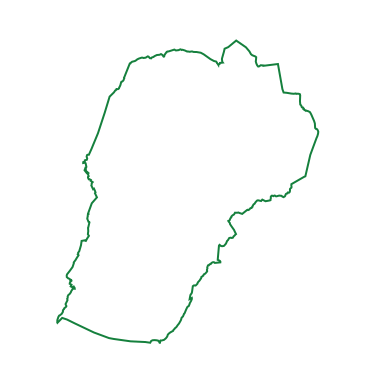 the district of Nahuatzen, Michoacán, Mexico, rotated 187°
{"feature_id": "50627088B19576991681559", "entity_name": "Nahuatzen", "entity_type": "district", "adm_level": 2, "iso_a3": "MEX", "parent_name": "Mexico", "parent_adm1": "Michoacán", "projection": "equal_earth", "projection_center": [-101.891, 19.65], "detail": "fine", "context": "isolated", "style": "outline", "palette": "green", "viewbox_px": 384, "rotation_deg": 187, "n_neighbors": 0, "source": "geoboundaries", "source_scale": "gbopen_adm2", "svg_char_len": 5964}
<svg xmlns="http://www.w3.org/2000/svg" viewBox="0 0 384 384"><g transform="rotate(187 192 192)"><path d="M285.4,276.6L288.3,260.0L292.5,238.8L297.1,222.2L298.9,216.4L300.0,216.3L300.7,215.8L300.9,214.2L300.1,212.5L300.3,211.2L302.2,210.4L302.1,209.3L303.6,208.4L303.5,207.5L302.0,208.0L301.1,207.6L299.9,204.1L300.0,203.4L300.6,203.2L300.1,201.3L301.0,201.7L301.3,200.5L299.1,198.3L298.4,199.1L297.3,198.3L298.3,197.7L297.3,196.8L296.5,195.1L297.0,194.6L297.0,193.6L296.3,192.4L295.9,192.0L295.3,192.2L293.8,191.6L294.0,190.8L291.8,189.7L292.6,188.5L292.5,186.6L292.7,186.2L290.5,182.7L289.7,183.4L288.5,181.4L287.7,179.8L288.2,179.0L285.7,175.1L290.1,168.6L292.3,159.0L292.1,157.6L292.6,157.6L292.6,155.0L292.5,154.9L292.7,153.6L292.7,152.7L291.9,152.3L292.1,152.3L292.2,151.9L291.1,149.8L290.3,149.7L290.1,149.4L290.7,143.8L290.8,143.7L290.2,140.5L290.2,137.4L289.0,135.9L290.4,133.1L291.4,130.5L292.0,130.6L292.2,131.1L295.6,130.0L295.7,125.6L296.7,119.5L297.6,117.9L297.3,117.2L297.0,117.4L297.8,116.3L297.2,115.8L296.9,115.4L298.3,112.6L299.3,110.3L300.8,107.7L300.6,107.0L301.4,103.0L303.6,99.0L306.0,95.0L306.2,93.9L305.9,92.3L304.3,91.2L303.7,91.1L302.3,90.4L302.1,89.5L301.7,90.1L301.2,90.0L300.8,89.2L301.9,87.8L302.2,86.9L302.2,86.0L300.3,85.3L300.9,83.5L299.5,83.0L298.8,82.5L298.7,82.6L298.3,83.7L298.0,83.8L297.8,83.3L297.5,83.3L296.9,82.7L296.6,81.7L298.5,81.5L299.8,78.8L300.1,77.5L301.2,75.6L302.1,74.8L302.3,74.3L302.7,73.2L302.5,72.1L302.5,71.7L302.9,70.7L302.5,70.0L302.4,69.4L303.8,65.5L303.7,64.9L303.0,63.9L302.8,63.5L302.8,63.1L303.3,62.4L304.7,60.9L304.8,60.1L305.4,59.5L305.7,58.2L305.5,57.5L305.7,56.9L306.6,55.0L307.5,54.2L308.2,53.4L308.8,53.1L309.4,51.7L310.0,48.7L310.0,47.6L309.8,46.9L309.9,46.3L309.6,45.8L305.5,51.2L300.6,50.2L292.3,47.3L272.2,40.6L256.6,36.9L251.9,36.6L234.8,36.3L220.0,37.4L215.1,37.3L214.4,39.1L213.2,40.0L211.3,40.4L209.4,40.5L207.6,40.4L205.9,38.8L205.4,37.7L205.4,39.3L205.5,40.3L205.2,40.8L204.3,40.8L201.8,41.8L200.1,43.6L199.0,45.5L198.6,47.5L197.7,48.7L196.4,50.0L193.8,51.9L193.7,52.5L193.4,53.1L192.8,53.8L192.0,55.1L191.3,55.7L190.9,56.3L190.0,58.1L188.9,59.8L187.6,62.9L187.3,63.8L187.0,65.9L185.8,67.4L185.2,69.5L185.1,70.1L184.7,70.5L184.5,71.0L183.5,74.6L182.8,76.7L182.4,77.6L181.4,78.3L180.8,80.2L180.7,81.2L179.6,83.9L179.1,85.9L179.3,86.8L181.3,85.4L181.1,88.6L180.9,90.0L180.1,91.2L179.8,92.6L179.7,98.6L179.0,99.3L178.5,99.6L177.4,99.5L176.8,99.8L175.4,101.7L175.3,102.6L175.1,103.1L173.6,105.2L173.0,106.6L172.5,107.2L172.3,108.9L171.7,109.3L171.2,109.7L171.0,110.1L170.5,110.5L170.4,111.3L170.2,111.7L168.9,112.6L167.3,115.0L167.3,115.5L167.6,116.0L167.7,116.7L167.6,117.3L167.4,117.9L167.4,118.3L167.7,119.0L167.2,121.1L166.9,121.3L166.3,121.4L166.2,121.8L165.4,122.6L164.7,122.7L164.0,124.0L162.6,124.9L161.7,125.0L160.7,124.4L155.3,125.6L155.3,126.2L155.9,127.0L157.4,127.6L158.2,127.8L158.7,142.1L158.2,142.9L156.5,141.9L155.4,141.9L153.9,142.3L153.5,142.7L152.0,144.9L151.2,147.7L150.5,148.5L149.4,150.9L147.9,151.4L147.0,151.2L145.9,151.6L145.7,151.9L145.4,152.9L144.4,154.0L143.7,155.1L143.2,155.6L145.1,158.5L145.5,159.3L148.5,162.6L150.3,164.7L150.7,165.9L152.3,167.4L152.4,167.8L151.8,168.0L151.2,168.6L150.7,170.6L149.9,171.6L150.0,172.4L149.0,173.7L147.5,174.9L146.8,176.7L144.7,176.9L143.3,177.3L142.6,177.0L139.5,176.4L135.2,180.8L134.8,180.8L134.4,181.2L133.8,181.0L133.0,181.6L132.0,183.1L131.2,183.3L131.0,183.7L130.8,183.7L130.6,184.4L130.2,184.6L130.1,185.6L129.8,186.0L129.6,186.8L129.3,187.3L128.5,187.9L127.7,189.6L126.4,191.4L125.5,191.8L122.3,191.5L121.3,193.0L117.9,191.8L113.5,193.2L113.1,193.5L113.2,194.0L113.0,195.2L113.2,196.9L112.9,197.5L112.3,198.1L111.7,198.1L110.7,197.8L110.0,198.4L109.4,198.6L108.4,198.0L107.6,198.0L105.0,199.1L104.0,199.0L103.2,199.2L102.3,198.9L101.6,198.3L101.0,198.3L100.4,198.1L100.2,198.4L99.4,198.9L99.0,199.6L98.8,200.8L98.5,201.5L97.6,202.2L97.1,202.2L96.8,203.2L95.6,203.2L95.0,204.0L94.9,205.1L95.1,206.5L95.0,207.2L93.9,208.4L93.8,209.1L94.2,210.5L94.3,211.9L82.6,220.7L81.4,221.4L79.1,243.3L75.0,260.7L74.4,262.6L74.0,265.2L74.0,267.2L74.6,268.4L75.3,269.3L76.0,269.8L76.8,269.8L77.6,270.6L78.4,275.0L79.5,277.4L83.1,283.5L84.6,285.6L86.3,286.3L88.4,286.7L88.7,286.5L88.9,286.8L89.6,286.8L89.9,287.1L90.4,287.1L90.8,287.4L91.1,288.4L91.4,288.5L91.7,288.4L91.7,288.7L92.2,289.4L93.1,289.4L93.4,289.6L93.8,290.6L94.1,290.9L94.3,291.3L95.2,292.0L95.9,295.3L96.4,301.1L96.7,301.5L96.7,302.1L97.5,302.4L98.4,302.5L100.4,302.3L100.6,302.1L101.3,302.4L102.8,301.9L105.4,301.8L110.1,302.0L113.2,301.9L114.8,305.1L122.3,329.5L136.3,326.0L136.3,326.3L139.2,326.2L140.8,324.8L141.6,324.6L142.7,325.6L143.8,327.4L144.6,329.3L144.6,331.6L144.7,333.6L145.5,334.2L148.9,335.1L150.3,336.0L152.1,338.5L156.1,342.2L166.6,347.7L173.7,340.2L177.1,338.2L177.4,335.2L178.5,328.1L178.5,327.5L177.8,324.9L177.6,324.6L177.2,324.2L180.0,323.5L180.2,322.4L181.1,321.8L181.3,321.9L181.3,321.3L182.2,322.4L182.9,323.0L183.1,323.5L183.9,324.4L186.2,324.7L189.8,326.1L197.2,330.1L200.3,331.3L204.6,331.5L207.5,331.2L209.0,331.5L210.1,331.3L211.2,330.9L213.5,331.0L213.9,330.8L216.3,331.6L218.6,332.0L219.2,332.0L219.6,331.7L220.7,332.2L221.3,332.0L222.5,331.2L224.9,330.6L225.6,330.6L226.7,331.2L227.1,331.1L232.3,328.7L233.6,328.4L234.2,328.0L234.3,327.4L234.7,327.1L235.3,326.0L236.0,324.6L236.1,323.3L236.4,322.9L236.7,322.9L238.2,324.5L239.6,325.1L239.9,324.8L241.1,324.2L243.5,323.7L245.9,322.2L246.6,321.4L248.1,320.7L248.5,320.4L248.8,319.7L249.0,319.7L250.1,319.7L251.7,321.1L252.5,321.2L254.2,319.8L254.6,319.6L256.5,319.1L257.3,319.3L258.4,319.2L261.1,317.9L262.6,316.9L263.4,316.0L264.7,315.0L267.3,314.0L268.5,312.8L268.8,312.1L269.4,312.0L273.2,297.6L273.4,297.3L273.1,296.6L273.4,295.8L273.5,294.9L273.9,294.1L274.7,293.1L275.4,292.9L275.7,292.4L276.1,289.4L276.6,287.7L277.0,286.9L277.1,285.9L277.8,285.2L278.2,285.0L279.5,285.0L280.0,283.7L280.6,283.4L281.6,281.4L285.4,276.6Z" fill="none" stroke="#15803d" stroke-width="2"/></g></svg>